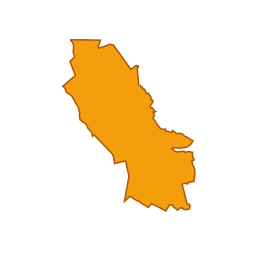 Targusor, Constanta, Romania (orthographic projection), rotated 28°
{"feature_id": "2599482B96571598729661", "entity_name": "Targusor", "entity_type": "district", "adm_level": 2, "iso_a3": "ROU", "parent_name": "Romania", "parent_adm1": "Constanta", "projection": "orthographic", "projection_center": [28.424, 44.465], "detail": "fine", "context": "isolated", "style": "filled", "palette": "amber", "viewbox_px": 256, "rotation_deg": 28, "n_neighbors": 0, "source": "geoboundaries", "source_scale": "gbopen_adm2", "svg_char_len": 5236}
<svg xmlns="http://www.w3.org/2000/svg" viewBox="0 0 256 256"><g transform="rotate(28 128 128)"><path d="M191.4,108.8L191.2,108.7L191.0,108.9L190.3,108.8L190.0,108.9L189.1,108.8L188.3,108.6L188.1,108.7L187.0,108.6L186.5,108.5L184.8,108.5L184.0,108.4L182.9,108.5L182.4,108.6L181.5,108.6L180.4,108.2L179.9,108.2L179.7,108.1L179.4,108.0L179.2,107.8L178.8,107.9L178.2,108.0L177.8,108.1L177.3,108.0L177.0,108.1L176.7,108.2L176.5,108.3L175.4,108.9L174.9,109.1L174.4,109.4L174.1,109.5L173.7,110.0L173.2,110.2L172.9,110.2L172.5,110.1L172.2,110.0L171.8,109.8L171.5,109.7L170.6,109.5L170.1,109.5L169.7,109.4L169.2,109.5L168.7,109.5L168.6,109.4L168.6,111.3L162.4,113.0L161.7,111.4L160.5,112.0L160.0,112.4L158.3,113.1L158.0,113.2L157.7,113.2L157.1,113.2L156.4,113.1L155.8,112.7L155.3,112.5L154.9,112.4L153.9,111.9L153.2,111.8L152.9,111.7L152.3,111.3L151.8,111.0L151.0,110.7L150.5,110.4L148.6,109.0L146.8,108.3L146.4,108.1L145.7,107.8L145.7,107.6L145.5,107.1L145.3,106.4L145.2,106.1L145.2,105.7L145.3,105.3L145.6,104.7L145.1,104.0L143.6,103.3L143.2,103.0L143.6,102.1L144.2,101.2L144.6,100.5L143.1,100.9L143.2,100.7L142.8,100.2L142.5,100.1L142.1,99.8L142.1,99.7L141.8,99.5L141.6,99.4L141.1,99.2L140.1,99.1L139.8,99.2L139.7,99.1L139.3,99.2L138.7,99.1L138.4,99.1L138.2,99.0L138.0,98.8L138.0,98.7L137.9,98.6L137.7,98.4L137.1,97.9L137.5,95.6L137.6,95.0L137.6,94.8L137.6,94.4L137.6,94.0L137.6,93.5L137.4,93.0L137.4,92.9L137.3,92.6L137.2,92.1L136.9,91.9L136.5,92.0L136.4,92.3L136.2,92.4L135.5,92.3L135.1,92.2L134.9,91.9L134.6,91.3L134.5,91.1L134.4,91.0L134.3,90.9L134.2,90.5L133.5,89.8L133.3,89.8L132.9,89.7L132.6,89.6L132.4,89.3L132.4,89.1L132.1,88.9L131.5,88.9L131.3,88.8L131.1,88.7L130.1,87.9L129.8,87.8L129.6,87.9L129.4,88.0L129.2,88.4L128.9,88.6L128.6,88.7L128.2,88.7L127.9,88.7L127.7,88.4L127.2,88.2L126.8,87.9L126.7,87.7L126.4,87.5L126.0,87.4L125.5,87.2L125.4,86.9L125.4,86.6L125.1,86.3L124.7,86.1L124.3,86.0L124.0,86.1L123.6,86.5L123.1,86.3L122.3,86.4L121.7,85.3L120.8,85.4L120.4,85.1L119.9,85.1L119.3,84.8L118.7,84.8L117.6,85.0L116.8,84.8L116.0,82.8L114.6,80.8L113.5,79.3L108.9,72.1L107.6,69.8L108.4,69.6L108.0,68.4L105.9,69.0L103.0,74.9L87.1,67.0L75.9,61.5L75.6,61.8L75.1,62.2L73.1,62.3L72.9,62.3L69.4,66.2L69.0,67.0L64.9,70.9L64.8,71.1L63.4,69.8L63.3,69.7L62.5,63.4L45.2,72.1L44.6,72.6L43.7,73.0L42.0,73.8L41.4,74.1L40.4,74.7L35.9,77.1L35.9,77.3L36.3,77.5L38.8,78.5L39.1,78.6L40.7,80.2L41.3,80.9L42.2,82.6L42.5,83.3L43.2,85.0L43.5,85.7L44.2,86.9L44.9,88.0L46.6,89.3L47.1,89.7L47.2,89.8L47.2,90.1L47.3,90.7L47.3,91.5L46.9,92.6L46.2,94.3L45.6,95.6L45.5,96.5L56.9,106.3L56.2,108.4L56.1,108.8L55.4,109.9L50.9,121.7L53.3,122.5L53.7,122.7L54.7,123.4L54.8,123.5L55.5,124.2L56.1,124.8L57.1,125.5L57.3,125.6L60.0,125.5L63.1,126.2L65.0,127.1L66.0,127.8L66.4,127.9L66.7,128.1L67.2,128.4L68.1,129.0L68.9,129.5L69.8,130.5L71.3,131.3L72.9,132.1L74.6,133.5L76.7,135.7L77.1,136.4L77.3,136.6L78.0,136.9L78.1,137.0L78.7,138.5L79.5,140.1L81.0,142.3L82.0,143.3L85.0,143.9L88.2,144.1L89.2,144.3L89.3,144.4L89.5,144.5L91.3,145.9L92.6,146.9L93.0,147.1L93.3,147.2L94.9,147.9L96.9,148.3L97.2,148.4L98.4,149.3L98.5,149.3L99.1,150.4L99.4,150.7L100.3,151.8L100.5,152.0L101.3,150.0L119.0,155.8L123.1,157.2L123.3,157.3L126.1,158.1L127.4,159.2L128.9,160.6L132.9,165.6L139.7,159.5L141.1,158.3L141.4,158.2L144.4,161.9L149.1,167.3L151.4,169.9L154.5,179.4L159.3,194.5L159.5,193.9L161.8,187.4L166.0,187.7L169.4,187.9L170.3,188.0L170.7,188.0L170.9,187.8L171.4,187.8L172.3,187.6L173.1,187.7L173.5,187.7L173.9,187.8L174.2,188.1L174.3,188.1L175.8,188.2L177.2,188.3L178.2,188.3L179.6,188.3L182.9,188.6L183.1,188.6L183.3,188.5L184.1,183.8L185.4,183.9L187.3,183.6L195.2,183.5L195.7,183.5L198.3,183.5L200.4,183.5L200.7,176.6L201.1,176.6L201.9,175.9L202.3,175.5L202.8,175.1L203.3,175.2L203.6,175.5L205.5,176.4L206.7,176.7L209.0,176.6L210.2,177.4L211.5,174.2L211.7,173.9L211.8,173.6L212.2,173.5L212.6,173.5L213.2,173.5L213.6,173.4L214.4,173.6L215.4,173.6L216.0,173.5L216.6,173.3L216.9,173.3L217.3,173.2L217.5,173.1L218.1,172.5L218.9,171.6L219.4,171.2L219.7,171.0L220.2,170.4L220.1,170.0L220.0,169.7L219.9,169.4L219.8,168.7L219.5,168.1L219.3,167.6L219.0,167.1L218.6,166.8L218.4,166.7L217.9,166.7L217.7,166.7L217.3,166.7L216.7,166.8L215.4,167.1L214.8,166.3L211.3,162.3L205.9,156.3L202.4,152.6L202.6,151.7L202.9,151.2L203.3,151.0L203.7,150.6L204.1,150.2L205.0,149.6L205.9,149.7L206.4,149.6L206.5,149.6L206.7,149.4L207.0,148.9L206.7,147.5L207.1,147.4L210.2,145.0L211.3,144.3L210.3,141.9L210.1,141.6L209.8,140.9L210.0,140.7L208.8,137.5L206.4,133.5L204.8,131.7L203.5,131.0L199.6,127.3L200.7,126.2L201.2,125.7L200.8,124.4L198.7,123.3L196.4,119.4L196.4,119.2L196.1,119.3L194.6,119.8L193.8,119.9L192.2,120.5L191.7,120.9L190.0,122.8L189.8,122.8L189.4,122.7L188.7,122.2L187.5,122.8L185.6,123.9L183.9,125.3L183.4,125.6L182.6,125.9L181.7,126.2L180.8,126.5L180.4,126.6L179.2,126.0L178.7,126.1L178.2,126.1L176.2,125.5L176.2,125.4L176.3,125.3L177.6,124.3L178.2,123.8L178.5,123.6L178.7,123.4L179.4,123.0L180.8,122.5L182.2,122.0L182.9,121.7L183.1,121.5L183.5,121.2L184.7,120.4L187.1,118.6L188.4,117.6L188.7,117.3L189.0,116.9L189.4,116.4L189.6,116.0L190.0,115.3L190.7,113.8L191.0,113.2L191.0,112.9L191.1,112.7L191.2,111.9L191.4,109.3L191.4,108.8Z" fill="#f59e0b" stroke="#b45309" stroke-width="1.5"/></g></svg>